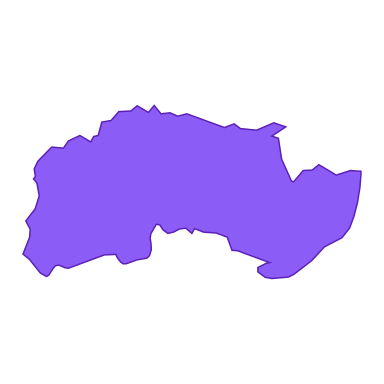 SVG path tracing the border of Newry and Mourne
{"feature_id": "GBR-2086", "entity_name": "Newry and Mourne", "entity_type": "District", "adm_level": 1, "iso_a3": "GBR", "parent_name": "United Kingdom", "parent_adm1": "", "projection": "albers", "projection_center": [-6.311, 54.156], "detail": "fine", "context": "isolated", "style": "filled", "palette": "violet", "viewbox_px": 384, "rotation_deg": 0, "n_neighbors": 0, "source": "natural_earth", "source_scale": "10m", "svg_char_len": 1327}
<svg xmlns="http://www.w3.org/2000/svg" viewBox="0 0 384 384"><path d="M46.5,276.5L40.5,273.2L29.4,259.3L23.0,254.1L29.6,237.3L30.2,229.2L25.8,221.0L35.2,208.8L39.2,195.8L36.9,183.0L33.5,178.9L35.4,176.4L34.2,168.9L37.9,161.2L51.7,147.1L63.5,148.1L68.3,141.0L79.9,135.5L90.7,141.9L93.7,136.5L98.2,135.4L101.8,122.1L111.1,120.5L118.8,111.6L130.8,111.0L137.2,105.8L148.4,112.4L154.2,105.5L161.0,113.8L170.0,112.8L177.8,116.2L186.8,113.8L224.3,127.5L234.2,123.9L240.5,128.6L256.6,130.2L273.8,122.8L285.7,126.9L271.9,136.1L278.4,138.3L281.6,159.1L291.4,180.9L293.6,181.9L303.2,170.5L312.1,170.1L318.9,164.7L336.2,175.1L350.5,170.5L357.2,171.1L360.9,171.2L361.0,173.8L359.9,187.5L357.5,202.4L353.9,216.5L349.6,228.1L342.0,237.7L324.5,246.8L311.6,260.7L293.8,274.4L288.3,277.1L271.9,278.5L265.2,277.3L257.9,271.9L257.9,267.5L266.2,263.3L269.6,262.6L237.4,250.7L232.0,250.3L227.2,237.1L216.0,233.0L203.4,232.1L194.6,228.6L191.9,233.4L185.8,228.2L179.5,229.0L173.5,232.1L167.9,233.4L163.0,229.8L159.8,224.9L156.3,224.3L150.8,233.8L150.2,238.3L151.0,243.8L151.3,249.7L149.5,255.7L146.8,258.2L136.9,259.9L126.1,263.8L123.1,263.8L120.5,261.9L118.0,258.7L116.3,255.7L116.0,254.4L104.4,254.9L68.5,268.2L65.2,267.8L58.8,265.1L55.5,265.7L53.3,268.2L51.2,271.4L48.8,275.1L46.5,276.5Z" fill="#8b5cf6" stroke="#5b21b6" stroke-width="1.5"/></svg>